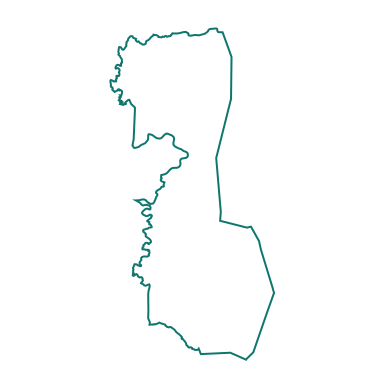 the district of Namaacha, Maputo, Mozambique, rotated 183°
{"feature_id": "85939544B88728478280907", "entity_name": "Namaacha", "entity_type": "district", "adm_level": 2, "iso_a3": "MOZ", "parent_name": "Mozambique", "parent_adm1": "Maputo", "projection": "mercator", "projection_center": [32.28, -26.074], "detail": "fine", "context": "isolated", "style": "outline", "palette": "teal", "viewbox_px": 384, "rotation_deg": 183, "n_neighbors": 0, "source": "geoboundaries", "source_scale": "gbopen_adm2", "svg_char_len": 6049}
<svg xmlns="http://www.w3.org/2000/svg" viewBox="0 0 384 384"><g transform="rotate(183 192 192)"><path d="M235.5,97.0L234.8,96.2L233.3,96.0L229.9,97.5L229.4,96.6L229.3,95.4L230.2,90.9L230.4,87.9L229.3,70.6L229.2,64.1L229.1,63.5L227.3,59.8L227.4,57.2L226.0,57.5L224.6,57.5L223.8,57.9L223.2,57.6L222.1,58.1L221.5,57.9L220.3,58.6L219.4,58.8L217.7,59.9L216.1,59.2L211.8,58.1L211.3,56.9L210.5,56.7L209.8,55.9L208.0,55.6L207.1,56.0L206.0,56.0L202.2,53.5L200.2,51.1L197.5,49.3L194.7,46.9L194.4,46.1L194.7,45.9L194.7,45.1L194.5,44.8L193.8,44.9L193.2,44.5L192.9,44.0L191.4,42.5L190.1,40.8L189.5,38.7L188.1,37.9L187.9,37.2L186.5,36.4L185.7,36.8L184.7,36.8L183.7,36.2L183.7,35.5L183.4,35.2L182.0,35.1L181.1,34.8L180.9,34.5L178.6,34.5L177.6,35.1L177.1,35.9L174.7,30.6L145.3,33.5L129.3,27.4L129.2,27.7L122.4,35.1L110.8,75.4L104.8,95.5L106.9,101.7L120.1,137.9L122.5,146.5L131.3,160.5L135.2,159.3L162.4,164.7L162.2,173.6L169.6,227.2L157.9,287.0L159.6,328.9L169.8,353.1L173.6,353.0L174.5,353.3L175.0,354.0L175.4,356.1L176.4,356.6L182.1,355.8L183.3,355.3L183.9,354.8L184.6,353.1L187.3,350.8L193.2,348.8L196.9,349.0L201.6,348.0L202.9,348.1L203.7,348.4L203.9,348.9L203.8,349.8L204.1,350.4L205.5,350.9L206.3,351.5L207.0,351.5L209.0,351.2L213.1,349.9L215.2,349.5L219.2,349.3L219.6,349.5L220.1,349.1L220.5,348.2L221.2,347.8L221.3,347.1L221.7,346.6L222.6,346.4L223.4,346.5L224.7,345.8L225.3,345.8L226.2,346.5L226.8,346.4L227.7,345.5L229.6,345.7L230.1,345.0L230.6,344.8L233.6,345.1L233.9,345.9L234.3,346.2L236.3,346.9L238.0,346.8L238.7,347.1L239.3,345.8L240.6,344.9L242.7,342.2L243.7,341.3L245.0,340.7L245.6,340.1L246.2,337.4L247.7,336.7L249.2,336.7L250.3,337.5L251.8,338.0L253.2,339.6L254.5,339.1L256.0,340.4L256.2,341.4L255.9,342.0L258.7,342.9L259.0,343.1L259.5,344.3L260.9,344.5L261.9,344.1L263.7,341.7L264.0,339.9L265.3,338.1L265.1,337.3L265.5,336.0L265.1,334.6L267.5,330.8L268.1,330.5L268.9,330.5L270.7,332.8L272.1,333.0L272.5,332.5L272.9,328.1L272.2,326.5L272.7,325.6L272.6,325.2L271.7,324.4L271.1,324.1L270.3,322.4L269.4,321.6L268.9,320.1L268.7,317.6L269.0,317.1L269.4,317.1L269.7,316.7L269.5,316.2L269.7,315.3L269.4,314.9L269.4,314.4L270.4,314.2L271.6,315.0L273.0,315.1L274.1,314.4L275.0,312.1L274.8,311.6L274.3,311.2L272.9,311.8L272.1,311.7L270.9,310.6L270.6,309.4L271.3,307.7L270.7,306.8L270.7,304.7L271.1,304.1L271.4,303.9L273.0,304.1L273.4,304.0L273.5,302.8L272.9,301.9L273.0,301.4L273.9,300.5L273.9,299.3L273.5,298.7L273.7,298.4L274.6,298.7L275.7,298.2L278.0,299.4L279.0,299.5L279.2,299.2L279.2,297.4L278.6,295.3L278.6,293.3L278.0,292.4L277.0,292.3L276.5,291.1L277.0,290.2L276.4,289.4L275.6,289.0L274.6,287.9L272.0,289.3L271.3,290.4L270.7,290.7L270.4,290.8L270.0,290.5L270.2,290.0L270.0,289.6L269.5,289.6L268.7,290.1L267.5,289.4L267.1,288.4L267.2,286.4L267.7,284.8L268.7,284.8L268.1,284.1L268.8,283.4L268.1,283.4L268.1,283.0L268.5,282.7L268.9,283.0L269.4,282.9L269.3,282.5L268.8,282.3L268.8,281.8L269.9,279.9L269.4,279.6L269.1,278.8L268.7,278.6L268.4,278.8L268.7,279.3L268.6,279.9L268.1,279.5L267.2,279.4L267.0,278.7L266.2,278.2L266.6,277.8L267.3,277.8L268.2,278.5L268.3,277.6L267.7,277.5L268.5,276.0L268.2,275.9L267.7,276.5L266.7,275.8L266.1,276.0L265.3,275.3L264.5,276.0L264.2,276.8L263.8,276.8L263.2,276.2L262.9,276.2L262.6,276.6L262.7,277.0L263.2,277.5L263.0,278.3L260.6,280.5L259.4,280.8L257.4,276.7L253.5,273.5L253.3,271.5L253.0,241.8L253.9,235.2L253.3,234.7L252.6,233.4L252.0,233.0L251.0,233.1L247.6,234.2L245.5,236.1L241.3,238.3L239.2,241.1L238.6,242.3L238.7,246.5L238.3,247.4L236.8,247.4L234.6,246.8L230.3,244.0L227.6,243.6L226.2,243.9L225.2,244.5L222.2,248.0L220.7,248.9L219.5,249.0L215.0,247.4L213.2,245.9L212.6,244.3L212.6,243.8L213.1,240.7L213.1,238.7L212.7,237.8L211.4,236.6L207.8,234.9L205.1,234.2L202.7,232.6L199.9,231.7L198.7,230.9L198.1,229.4L198.1,227.4L198.7,226.5L199.8,225.8L204.0,224.8L204.9,224.1L205.4,223.0L205.4,221.9L205.0,220.1L205.0,218.6L205.6,217.2L206.5,216.3L208.1,215.4L212.0,215.1L213.5,214.6L215.0,213.3L218.0,209.6L219.1,208.8L220.5,208.2L223.0,207.4L223.5,207.4L223.7,206.0L223.2,204.7L223.6,204.7L223.4,203.0L223.9,202.3L223.1,201.1L220.0,200.2L220.7,198.0L220.4,196.2L221.0,195.8L222.7,195.6L223.5,194.0L224.5,193.0L225.2,192.8L227.6,190.9L227.9,189.4L227.8,189.1L226.6,188.2L226.4,187.1L227.6,184.7L228.2,182.6L228.9,181.0L229.0,180.3L230.3,178.4L233.1,177.9L234.2,178.7L235.2,178.9L235.9,179.8L236.7,180.2L237.7,181.4L239.2,182.0L240.9,182.0L245.0,180.9L247.7,180.7L243.6,178.7L241.5,176.6L240.8,176.2L239.9,176.0L238.4,176.6L237.0,176.8L234.4,176.3L233.3,175.8L232.6,174.4L232.7,172.6L233.3,172.3L235.6,173.0L236.9,172.9L238.5,171.8L240.2,169.9L240.7,169.1L240.8,168.3L239.9,167.1L236.6,165.5L234.4,166.0L232.9,167.2L231.8,167.0L231.0,166.5L230.8,166.0L231.4,165.3L231.4,164.3L231.6,164.0L235.2,160.9L235.2,160.6L234.3,160.0L233.0,159.7L233.1,157.7L232.9,157.4L232.0,157.5L231.4,156.9L230.5,155.5L230.5,154.7L233.2,154.0L234.6,152.9L235.8,152.9L236.6,152.3L238.2,151.9L238.7,151.4L238.8,150.6L238.5,149.7L237.9,149.5L237.4,148.9L236.4,148.3L236.2,147.5L235.8,147.3L236.0,145.6L235.7,145.1L232.5,143.2L231.2,142.1L230.3,140.5L230.4,139.7L230.9,139.2L231.8,138.8L231.8,138.2L232.2,137.9L232.8,137.8L233.8,138.8L234.2,138.9L235.2,138.9L235.9,138.6L236.6,137.3L237.8,136.3L237.6,134.8L238.4,134.1L238.6,133.5L238.6,132.5L238.3,132.1L236.8,132.3L234.8,131.8L233.4,132.0L232.2,131.9L232.1,131.6L232.7,131.3L232.7,130.9L231.5,130.7L231.4,130.1L231.3,128.6L232.0,127.5L231.6,127.0L231.6,126.6L232.0,125.9L233.2,125.2L236.8,125.1L238.5,124.4L239.2,123.6L239.4,123.0L239.0,121.7L240.7,118.8L240.4,117.2L239.2,116.4L239.0,115.9L239.2,115.3L240.0,115.2L240.6,115.6L242.3,115.9L243.5,116.8L245.5,116.9L245.8,116.7L245.9,115.6L247.0,112.9L246.3,111.4L246.8,110.4L246.3,108.6L246.8,107.9L246.4,106.9L246.8,106.1L246.8,105.6L245.8,105.2L245.3,105.8L245.2,106.9L244.2,106.4L243.5,107.0L243.1,107.1L242.3,106.5L241.8,105.9L241.7,105.2L241.0,104.5L239.5,103.9L238.5,104.3L237.8,104.3L236.8,103.1L236.9,102.2L236.5,101.6L236.4,100.9L238.2,98.4L237.7,97.9L236.4,97.7L235.5,97.0Z" fill="none" stroke="#0f766e" stroke-width="2"/></g></svg>